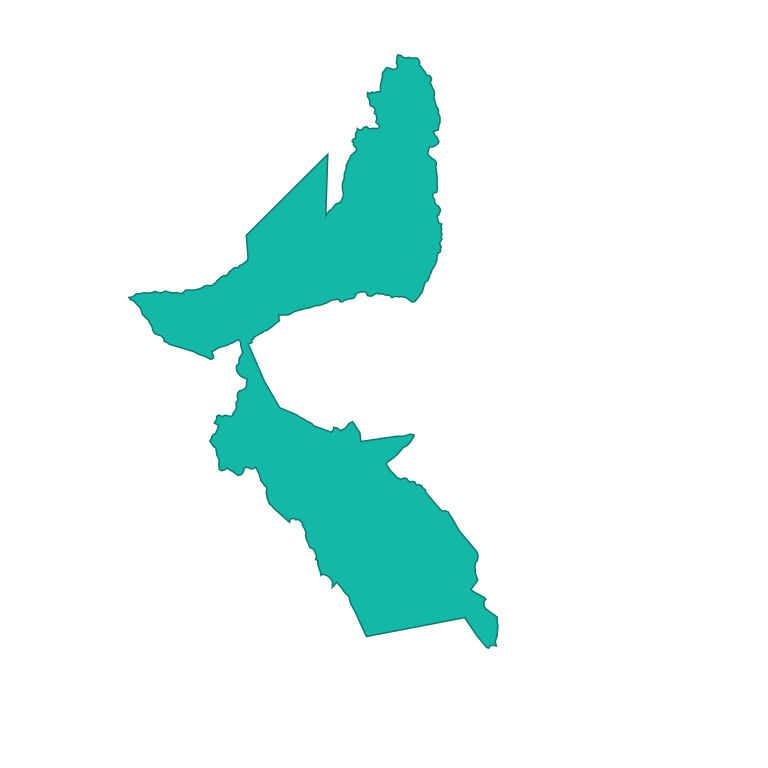 outline of Sobral, Ceará, Brazil, rotated 242°
{"feature_id": "56859067B25593631860956", "entity_name": "Sobral", "entity_type": "district", "adm_level": 2, "iso_a3": "BRA", "parent_name": "Brazil", "parent_adm1": "Ceará", "projection": "mercator", "projection_center": [-40.186, -3.856], "detail": "fine", "context": "isolated", "style": "filled", "palette": "teal", "viewbox_px": 768, "rotation_deg": 242, "n_neighbors": 0, "source": "geoboundaries", "source_scale": "gbopen_adm2", "svg_char_len": 6170}
<svg xmlns="http://www.w3.org/2000/svg" viewBox="0 0 768 768"><g transform="rotate(242 384 384)"><path d="M204.4,251.4L197.1,251.6L169.3,249.9L139.9,345.5L118.5,347.8L103.2,350.9L101.6,352.5L103.1,354.7L102.2,357.5L99.9,360.2L104.8,361.5L106.9,364.0L109.1,366.1L111.2,367.1L114.8,369.8L116.7,371.0L119.8,371.9L125.0,374.5L137.0,368.7L140.4,367.9L145.2,370.1L146.1,372.9L148.3,372.4L158.8,365.5L161.7,364.3L165.6,372.4L166.9,374.7L174.6,375.9L176.7,377.4L179.3,378.1L183.4,381.0L184.4,383.5L186.6,385.4L188.1,386.4L190.0,386.9L192.7,387.2L219.2,381.5L234.8,381.1L237.6,380.6L240.8,380.6L243.2,378.8L244.1,376.0L247.5,374.6L268.3,370.1L271.5,370.8L274.1,369.4L276.6,369.4L278.9,367.5L279.6,365.1L283.4,365.1L284.7,363.3L285.3,360.8L287.9,359.9L290.2,359.5L291.7,357.1L291.7,354.2L295.3,351.6L304.9,349.0L312.4,348.3L313.6,351.1L313.7,353.9L314.2,355.8L314.4,358.2L315.1,360.4L315.5,363.1L316.6,365.2L317.5,368.0L319.0,371.2L318.7,374.3L319.4,377.3L321.0,381.3L322.2,383.1L323.4,385.6L325.2,386.5L327.3,383.9L328.8,376.4L331.7,371.3L344.1,336.5L352.1,339.8L365.4,338.7L365.7,335.0L363.1,329.1L363.2,323.7L365.5,322.8L367.7,321.4L369.3,319.2L367.3,317.9L366.2,314.8L380.2,302.2L382.4,301.9L384.7,300.6L386.5,299.1L391.6,296.1L393.5,294.6L397.9,292.3L411.9,280.8L442.7,279.7L482.9,283.0L482.6,287.1L485.4,287.8L485.0,289.9L486.4,291.3L486.7,298.3L486.4,300.6L487.0,303.0L486.3,305.9L487.2,312.5L488.4,317.3L488.9,321.1L494.2,323.4L489.8,332.4L490.1,338.0L489.5,341.5L487.5,350.1L486.5,352.7L485.1,361.1L484.0,363.1L483.5,365.0L482.5,371.9L482.6,376.6L481.9,379.3L480.2,383.5L477.2,384.0L476.1,385.8L476.4,388.1L475.9,392.0L474.1,396.6L474.4,398.9L475.9,400.9L477.1,402.9L475.8,407.4L474.5,410.2L472.2,411.4L469.9,410.9L468.5,412.4L467.4,414.4L467.7,420.2L465.7,421.8L464.9,423.9L463.5,425.7L461.7,427.2L459.9,430.4L456.5,431.5L456.2,434.6L455.3,436.4L453.9,437.9L453.0,440.3L451.4,442.4L449.1,444.6L445.2,446.2L443.2,447.4L442.3,449.7L444.2,454.8L446.0,458.0L447.0,460.7L454.4,467.9L454.7,471.0L455.8,472.8L458.4,475.2L460.1,477.7L462.3,480.1L464.7,484.3L466.5,486.7L468.4,488.8L472.1,490.8L474.1,493.1L474.2,495.8L476.5,497.1L478.6,499.0L482.2,499.0L484.7,503.1L487.2,503.6L489.1,505.6L491.2,505.8L494.1,507.9L496.1,508.0L498.0,510.2L500.5,508.0L507.2,509.6L507.7,512.0L511.2,515.7L515.0,515.8L517.8,514.1L520.9,514.1L523.5,515.4L525.7,514.8L528.3,515.8L529.3,518.1L528.4,520.2L531.9,523.2L536.1,524.9L541.5,528.0L548.1,530.3L551.9,532.1L554.8,534.2L558.2,533.8L561.1,532.1L566.1,530.4L570.2,533.3L571.8,535.9L570.2,538.9L570.9,544.3L572.1,546.2L577.3,546.5L580.7,545.7L583.8,546.1L582.8,551.0L587.4,554.6L588.7,556.3L594.4,559.2L596.7,558.9L601.2,561.0L604.7,560.5L614.0,562.7L616.8,565.0L619.4,565.9L621.9,565.8L628.5,566.4L630.6,569.0L633.6,569.5L635.7,568.2L636.8,566.4L639.8,566.8L649.3,565.2L651.4,566.7L654.4,566.8L656.5,566.0L658.6,561.7L659.6,560.2L661.0,558.9L661.4,556.5L663.1,554.4L666.0,553.4L668.1,550.6L665.9,548.5L663.6,547.3L661.7,545.6L658.1,545.3L656.6,543.4L656.8,541.3L658.0,539.3L661.5,535.9L662.0,534.0L660.5,531.6L659.6,528.8L657.8,527.6L655.9,527.1L654.2,525.0L652.4,523.9L651.0,522.3L647.7,520.1L645.4,519.1L644.0,517.3L645.5,514.3L645.7,511.7L647.4,510.7L647.0,507.8L649.1,506.3L645.8,504.5L641.4,504.5L637.6,502.8L635.5,502.9L633.4,504.9L630.2,504.9L627.5,502.5L625.6,503.6L621.0,501.9L619.1,499.7L613.6,501.4L612.4,498.9L615.2,493.7L616.1,490.7L619.6,489.4L620.0,486.7L618.9,483.3L620.2,481.3L622.1,480.4L620.0,479.1L619.1,477.2L617.5,475.8L614.6,474.9L614.7,472.0L613.3,469.8L611.3,470.4L609.3,469.1L606.5,470.0L604.1,470.3L602.5,468.0L602.3,466.1L601.0,461.3L599.1,459.8L597.6,457.0L594.8,453.5L591.1,451.1L588.9,448.1L584.1,445.3L581.4,442.2L579.9,441.1L577.7,439.7L571.4,437.5L568.9,436.2L565.0,431.1L565.5,425.6L562.7,419.6L562.8,417.4L560.1,411.7L613.2,442.2L579.9,332.2L559.1,323.1L557.3,321.7L556.0,315.0L556.4,312.2L555.3,309.4L556.5,307.6L556.8,305.5L555.8,300.4L553.6,295.8L554.8,293.3L555.0,290.9L553.5,285.0L552.5,282.9L552.3,280.7L551.6,279.0L552.3,276.7L553.8,274.7L554.7,272.0L554.4,267.2L555.7,261.4L556.6,259.0L558.0,257.0L560.0,252.9L558.7,248.1L560.2,245.8L561.9,244.0L564.2,239.4L566.3,236.9L568.5,235.0L569.0,230.4L569.7,228.7L573.3,225.3L573.5,222.9L574.7,218.7L575.6,217.0L577.3,215.2L578.3,210.5L579.5,208.8L579.9,206.4L579.2,204.6L579.2,202.0L580.2,199.4L577.8,199.6L574.4,202.3L571.4,202.8L565.4,204.6L558.6,203.4L553.5,205.0L551.0,206.0L548.6,205.8L543.1,206.0L540.3,205.1L537.6,205.0L535.2,205.8L530.6,210.3L527.4,210.7L524.6,209.9L522.7,211.9L520.0,213.0L501.5,231.6L497.4,234.2L492.6,238.7L487.0,242.7L487.1,245.7L488.9,246.8L491.0,246.7L493.2,247.0L493.7,255.4L491.7,264.4L491.8,267.8L491.3,270.7L491.7,273.1L491.4,276.4L488.2,277.0L486.0,275.8L478.1,273.9L476.9,272.3L474.9,268.7L473.5,267.4L470.5,265.8L469.0,261.9L464.7,260.2L462.0,260.2L458.2,261.1L453.6,264.4L452.4,265.7L449.8,263.2L447.3,262.1L445.4,259.6L445.1,256.1L445.8,253.1L444.6,250.6L442.3,248.7L439.2,248.0L437.9,246.6L437.1,244.8L435.1,243.6L432.6,242.9L430.3,240.0L429.2,237.2L427.3,235.7L427.2,233.7L431.1,228.7L431.2,225.7L434.2,223.7L434.0,221.1L431.3,219.5L429.2,215.8L425.3,218.6L421.2,214.6L419.6,212.2L419.4,209.5L418.5,207.4L416.8,205.7L415.4,203.4L412.1,203.9L409.2,203.9L406.9,205.5L403.5,204.5L400.0,203.1L395.6,203.0L393.7,202.5L390.1,200.0L388.2,199.7L386.2,198.5L383.7,199.7L383.0,202.8L383.2,206.3L380.0,207.8L377.9,209.3L371.9,212.2L370.9,215.0L371.9,217.6L373.2,219.5L375.3,220.8L375.1,223.6L373.7,225.0L371.7,226.4L370.5,228.8L370.9,231.6L362.8,231.5L356.0,229.9L353.4,230.7L350.4,230.7L348.7,231.8L346.0,231.3L344.0,229.4L342.0,228.5L339.9,228.1L338.1,227.2L335.4,227.1L332.8,226.5L330.5,227.0L328.8,228.0L326.7,228.1L306.2,235.7L308.8,237.8L307.5,241.7L305.6,242.1L304.6,244.8L300.1,246.7L297.4,245.7L294.4,245.9L289.4,245.5L287.0,243.6L282.6,242.4L279.5,242.5L277.4,242.0L274.2,241.9L271.8,243.8L270.0,244.4L263.5,243.6L261.1,241.2L259.4,242.7L256.8,241.4L254.2,240.5L248.1,239.6L244.6,238.5L244.9,240.4L243.5,242.1L240.8,244.2L238.2,245.3L235.2,245.8L232.3,245.1L228.7,242.8L231.3,249.3L225.7,250.3L223.4,251.0L219.6,251.2L212.7,253.2L206.7,251.7L204.4,251.4Z" fill="#14b8a6" stroke="#0f766e" stroke-width="1.5"/></g></svg>